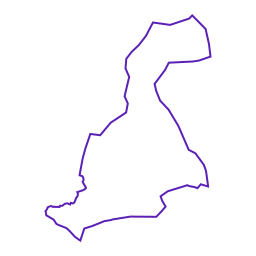 the district of Cenxer, Arhangay, Mongolia
{"feature_id": "93677404B83456486542542", "entity_name": "Cenxer", "entity_type": "district", "adm_level": 2, "iso_a3": "MNG", "parent_name": "Mongolia", "parent_adm1": "Arhangay", "projection": "mercator", "projection_center": [101.504, 47.228], "detail": "fine", "context": "isolated", "style": "outline", "palette": "violet", "viewbox_px": 256, "rotation_deg": 0, "n_neighbors": 0, "source": "geoboundaries", "source_scale": "gbopen_adm2", "svg_char_len": 1621}
<svg xmlns="http://www.w3.org/2000/svg" viewBox="0 0 256 256"><path d="M208.1,186.5L208.1,186.2L206.0,170.9L203.9,164.9L195.4,153.3L188.7,149.8L178.4,126.0L168.6,109.7L160.1,100.6L156.2,90.9L154.6,83.9L165.1,69.9L168.8,62.7L192.8,61.5L198.8,60.6L210.5,56.6L209.0,44.1L205.6,29.0L196.9,20.1L192.2,15.4L189.1,18.6L170.1,24.9L153.0,22.5L148.5,31.0L146.1,35.7L139.0,44.9L138.9,45.0L131.6,51.9L126.3,58.8L125.5,68.4L129.2,76.9L127.0,86.1L124.6,96.3L127.8,103.5L126.1,112.5L110.8,122.6L100.2,135.2L90.3,134.0L85.5,148.2L85.4,148.4L82.8,157.9L82.7,158.3L80.3,171.1L79.6,175.3L81.9,176.0L82.5,176.4L82.9,177.1L83.3,178.2L83.5,179.1L83.6,179.8L83.2,180.9L82.6,181.8L86.0,187.9L85.7,188.4L84.4,189.4L84.0,189.6L83.4,190.1L77.3,192.1L77.9,193.7L77.9,194.9L77.7,195.5L77.2,196.7L76.2,197.7L75.7,199.2L74.9,201.2L74.4,202.3L73.7,203.1L72.6,203.4L70.9,202.8L70.1,204.5L67.8,203.4L66.9,203.4L66.1,203.5L64.9,203.8L64.0,204.4L63.4,204.9L62.7,205.5L62.0,205.9L60.8,205.8L60.1,205.7L59.7,206.3L59.5,207.0L58.6,207.1L58.1,206.9L57.5,206.8L56.8,206.9L56.1,207.0L55.4,206.9L54.7,206.7L54.1,206.6L53.4,207.0L52.3,206.6L51.1,206.0L50.4,206.2L49.0,206.7L48.0,207.1L47.7,207.4L47.5,207.8L47.4,208.4L46.7,209.6L45.5,211.2L45.9,212.1L45.9,213.2L46.0,213.4L46.3,215.3L53.6,219.6L56.5,224.0L60.1,225.6L66.3,228.0L69.7,231.1L74.9,236.8L80.3,240.6L84.3,228.5L92.7,225.9L92.8,225.8L104.5,221.1L110.7,220.1L112.8,219.4L130.4,216.6L156.3,216.8L162.3,210.5L162.5,210.2L165.6,206.6L162.1,200.6L160.6,196.3L167.7,191.3L176.7,188.5L187.4,185.2L188.9,186.0L195.0,187.2L197.4,188.2L200.8,184.3L208.1,186.5Z" fill="none" stroke="#5b21b6" stroke-width="2"/></svg>